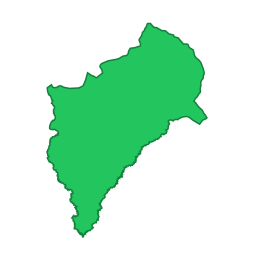 Ban Kruat, Buri Ram, Thailand, rotated 170°
{"feature_id": "78962969B45886211066420", "entity_name": "Ban Kruat", "entity_type": "district", "adm_level": 2, "iso_a3": "THA", "parent_name": "Thailand", "parent_adm1": "Buri Ram", "projection": "albers", "projection_center": [103.161, 14.416], "detail": "fine", "context": "isolated", "style": "filled", "palette": "green", "viewbox_px": 256, "rotation_deg": 170, "n_neighbors": 0, "source": "geoboundaries", "source_scale": "gbopen_adm2", "svg_char_len": 5826}
<svg xmlns="http://www.w3.org/2000/svg" viewBox="0 0 256 256"><g transform="rotate(170 128 128)"><path d="M191.9,53.8L192.2,52.8L191.8,51.6L193.0,51.0L192.8,50.7L193.3,50.5L193.2,50.2L194.9,50.0L195.3,50.6L195.6,49.7L196.4,50.4L197.3,50.2L197.3,50.8L198.9,49.1L198.3,48.9L197.7,47.6L198.2,46.2L197.4,45.8L197.3,42.9L196.9,43.0L197.0,42.0L197.5,41.8L197.3,40.4L197.7,40.1L197.6,39.4L198.2,39.1L198.3,38.0L197.0,37.9L195.2,36.4L195.5,35.6L194.7,35.6L194.8,34.0L194.2,33.9L194.2,33.0L193.5,32.9L194.1,32.6L193.4,31.4L192.7,31.2L192.2,32.1L191.5,31.9L191.1,31.1L191.8,29.8L191.3,28.5L190.6,29.0L190.4,30.7L189.7,30.6L188.8,31.8L188.2,31.1L187.9,32.7L187.0,32.6L186.7,33.4L186.3,33.7L185.7,33.0L184.7,34.0L183.2,33.5L181.6,34.9L180.3,35.2L180.2,36.0L179.6,36.2L180.4,37.2L180.1,39.2L176.6,40.5L175.7,40.3L175.3,41.8L174.2,42.5L174.1,43.0L173.3,42.6L173.0,44.6L172.0,45.6L172.5,47.3L172.2,47.6L172.5,47.8L172.3,49.0L172.7,49.3L172.1,49.8L172.1,50.5L171.7,50.5L172.2,51.5L171.4,51.8L171.8,52.2L171.4,52.4L170.4,52.2L170.0,52.6L169.7,52.1L169.4,52.7L167.5,53.8L168.0,55.4L168.8,55.8L168.9,56.3L168.3,56.9L168.7,57.6L169.2,57.6L169.3,58.4L168.4,58.2L168.1,59.0L168.3,59.3L166.9,60.2L167.1,61.1L165.6,61.7L165.0,62.8L164.2,62.8L162.7,63.8L162.5,64.4L163.1,65.8L161.4,66.8L161.1,67.4L159.7,67.9L159.7,68.6L158.8,68.9L158.8,70.5L158.3,70.3L157.9,70.8L157.7,70.2L157.1,70.2L156.8,71.1L155.0,72.6L154.0,71.8L152.9,72.6L151.6,72.2L150.8,73.2L151.2,73.6L149.6,74.6L149.7,75.3L148.0,75.1L147.8,75.6L148.5,76.9L147.7,77.3L148.1,77.6L147.9,78.4L147.6,78.3L147.7,78.8L147.1,78.9L147.2,79.5L146.5,79.7L146.3,80.4L146.1,80.0L145.8,80.5L145.3,80.2L145.4,80.6L144.7,81.1L144.2,80.8L144.0,81.2L143.0,81.1L142.4,80.6L141.9,81.5L143.0,82.0L142.7,82.1L142.9,82.7L142.3,82.8L142.4,83.4L141.9,83.5L142.2,83.7L142.0,84.9L141.2,84.8L140.0,85.5L140.8,86.6L139.9,87.2L139.4,86.9L139.0,88.1L138.4,88.4L138.4,89.8L137.8,89.5L136.4,89.8L136.7,90.2L136.4,90.6L135.6,90.8L134.4,90.4L133.9,91.1L132.5,91.2L132.1,90.3L130.8,91.0L130.0,90.6L129.5,91.1L129.8,91.3L128.5,92.1L128.5,93.1L128.1,93.2L127.8,92.5L127.4,93.2L126.4,93.0L125.8,94.3L126.5,95.2L126.3,95.6L125.6,95.4L125.4,96.5L124.9,97.1L125.5,97.7L125.4,98.3L124.9,98.0L124.5,98.2L124.4,97.8L123.5,98.1L122.9,99.8L121.7,99.9L121.8,100.6L121.1,100.1L120.1,100.7L120.0,101.5L120.4,102.0L119.8,102.4L120.1,102.8L119.6,102.8L119.5,103.9L118.1,104.4L118.3,104.8L117.7,105.4L118.0,106.9L117.0,107.1L116.5,106.7L115.1,107.8L114.2,107.6L114.0,108.1L113.3,107.8L113.1,108.3L111.0,108.4L109.3,109.5L109.6,110.5L108.3,110.6L107.8,110.2L105.9,110.4L105.1,110.7L105.0,111.2L103.6,111.0L102.9,112.0L101.1,111.8L100.5,112.4L99.7,112.1L98.7,113.3L96.8,113.9L97.1,115.0L95.9,116.2L94.5,116.0L94.6,115.4L93.4,115.3L92.0,116.3L91.4,116.1L90.2,118.1L91.0,119.6L89.8,119.6L88.7,120.2L87.6,123.9L86.5,124.6L86.4,125.6L87.1,126.1L87.2,127.6L86.6,127.8L86.5,128.3L84.7,128.7L82.3,127.1L81.7,127.8L79.2,128.2L77.5,127.5L76.0,128.5L71.7,129.4L68.2,129.2L66.1,128.1L62.6,124.3L56.8,119.3L53.2,122.7L49.8,123.5L48.5,124.3L49.8,127.7L50.7,129.0L51.8,132.7L55.1,137.0L57.1,141.3L58.5,142.9L56.5,145.3L54.2,146.9L52.4,149.1L50.8,150.3L50.1,152.2L50.2,153.9L48.8,157.3L48.5,160.2L47.0,162.5L45.5,163.7L44.7,166.6L43.7,167.8L43.4,169.2L43.6,173.1L44.9,179.9L46.7,183.0L48.7,185.2L49.9,187.9L50.2,193.6L53.7,196.6L54.5,199.9L55.8,200.6L58.8,201.0L62.9,208.0L66.7,209.8L67.0,211.7L71.4,213.6L74.3,217.3L77.7,218.0L82.3,221.8L85.2,222.8L87.8,227.1L90.7,227.5L92.7,224.2L94.3,222.8L94.8,221.3L97.0,219.8L98.6,216.5L101.6,213.3L101.8,212.1L101.0,208.8L101.6,206.7L107.8,205.9L111.9,206.1L114.1,203.6L114.8,201.3L116.6,199.7L120.8,199.6L123.9,198.3L126.6,197.7L135.8,197.6L142.9,196.0L144.5,194.6L145.0,193.0L143.7,190.1L143.5,186.6L150.0,183.1L150.9,183.2L152.6,184.9L154.9,186.2L158.2,189.4L161.6,182.3L165.0,177.2L169.5,176.0L178.6,177.1L183.4,178.9L185.4,180.0L185.9,180.7L187.6,181.3L189.2,181.3L190.9,180.3L193.7,180.5L195.2,181.5L195.9,183.9L200.6,181.6L200.8,177.3L200.2,175.9L200.5,175.0L199.7,173.8L198.9,173.4L198.1,170.0L198.3,169.2L197.5,168.0L197.9,168.0L198.2,166.6L199.0,165.7L198.2,165.0L197.7,163.1L196.6,161.8L197.1,160.2L198.2,158.8L198.5,156.9L198.2,156.3L198.8,155.6L198.2,154.9L198.3,153.5L197.6,152.7L197.8,150.4L199.4,148.3L200.0,148.2L200.5,148.7L202.6,147.1L204.5,144.1L205.3,141.4L205.1,140.7L204.1,140.0L201.9,139.3L201.1,139.6L199.7,138.8L199.4,138.2L197.8,137.1L197.3,135.6L197.8,135.2L197.7,134.7L198.2,134.5L198.1,134.1L198.5,134.1L198.0,133.3L199.3,133.4L200.1,132.9L200.3,133.3L200.7,132.9L200.9,133.2L201.9,132.3L203.6,132.5L204.2,132.2L204.2,131.5L205.6,131.4L206.2,131.0L206.3,130.0L206.7,129.9L207.1,128.9L206.8,128.6L207.2,128.4L206.9,127.8L207.7,127.0L207.9,124.9L209.0,123.7L209.4,121.9L210.8,120.4L211.1,119.2L211.7,119.0L211.5,118.6L212.0,117.5L211.6,116.0L211.8,115.1L210.8,113.5L212.4,112.9L212.6,112.3L211.5,108.6L210.7,108.5L210.9,108.1L210.1,107.9L210.0,107.4L208.0,105.9L208.1,104.8L207.6,104.3L208.1,103.7L207.9,102.7L208.7,101.7L208.5,100.3L207.9,99.4L206.2,99.0L206.3,97.1L205.0,96.4L204.9,95.6L205.6,94.4L205.4,93.3L206.0,93.1L205.3,91.5L206.0,90.3L206.1,89.0L205.5,88.7L205.0,89.0L204.9,88.6L205.6,87.6L204.7,86.8L204.5,87.1L203.5,86.7L203.7,86.0L203.3,85.5L201.3,84.9L200.5,83.1L199.3,83.0L199.4,82.1L200.0,81.5L199.6,81.2L200.4,80.5L200.4,80.1L198.9,78.6L198.2,78.6L198.1,77.5L197.1,78.0L196.6,77.6L196.7,77.0L195.7,77.5L194.1,76.5L194.2,75.1L193.7,75.0L193.4,73.6L194.1,72.9L195.2,73.3L195.9,72.2L195.4,71.4L196.0,70.4L195.3,69.7L195.9,69.4L196.4,68.5L196.2,68.0L196.9,67.7L197.4,67.9L197.6,66.4L196.8,64.7L195.8,64.5L196.0,64.1L195.4,63.2L194.4,63.0L194.8,61.5L193.1,60.6L193.2,60.1L192.9,59.9L193.3,59.4L192.8,59.3L194.0,58.8L193.3,58.2L193.4,57.7L192.9,57.7L193.1,56.6L192.4,55.6L192.9,55.0L192.4,54.1L192.7,53.6L191.9,53.8Z" fill="#22c55e" stroke="#15803d" stroke-width="1.5"/></g></svg>